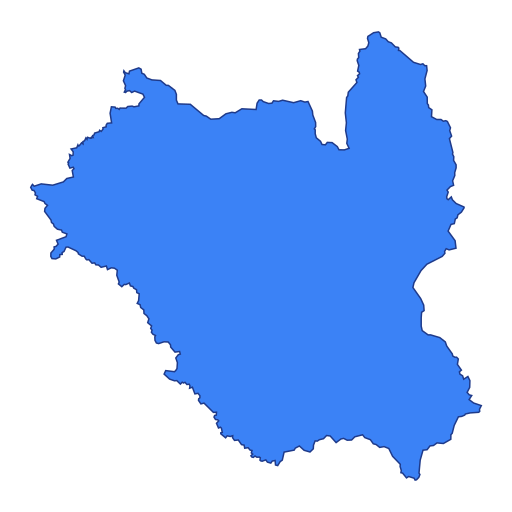 Satipo, Junín, Peru
{"feature_id": "86281439B96037862179795", "entity_name": "Satipo", "entity_type": "district", "adm_level": 2, "iso_a3": "PER", "parent_name": "Peru", "parent_adm1": "Junín", "projection": "mercator", "projection_center": [-74.176, -11.56], "detail": "fine", "context": "isolated", "style": "filled", "palette": "blue", "viewbox_px": 512, "rotation_deg": 0, "n_neighbors": 0, "source": "geoboundaries", "source_scale": "gbopen_adm2", "svg_char_len": 5967}
<svg xmlns="http://www.w3.org/2000/svg" viewBox="0 0 512 512"><path d="M160.5,80.5L151.9,79.9L146.8,78.0L144.3,74.3L141.8,73.2L141.1,69.2L138.8,67.9L129.5,71.1L128.9,73.8L125.3,72.7L123.9,70.8L123.6,72.1L125.2,75.1L123.4,80.8L125.6,85.7L124.9,88.3L125.5,89.7L124.3,92.1L125.6,92.5L126.8,91.2L129.5,90.6L131.7,92.5L134.6,91.1L142.9,94.1L144.5,97.3L139.0,103.8L138.8,105.9L134.0,106.8L132.1,106.1L127.8,106.5L126.0,108.2L120.0,108.1L119.2,109.4L117.7,108.3L115.8,108.4L115.1,107.1L111.4,106.8L110.1,113.2L111.6,122.9L107.3,123.3L106.1,125.2L106.2,126.8L102.9,127.7L103.0,129.2L101.2,131.4L99.6,130.3L99.2,131.7L94.6,133.1L94.1,134.8L92.6,135.6L93.1,137.3L92.0,136.8L91.1,137.5L91.5,138.1L90.5,138.3L87.5,137.3L87.0,139.3L85.9,137.9L84.6,140.7L82.9,141.6L83.0,143.9L81.6,142.8L79.2,145.8L78.4,146.0L77.9,144.9L76.7,147.8L71.1,149.0L73.2,151.8L73.1,155.1L71.8,155.7L69.5,154.5L70.1,158.4L67.9,162.2L68.7,162.8L68.1,164.1L69.9,168.1L73.2,167.2L74.0,168.7L72.2,170.5L73.4,177.0L66.8,178.5L63.4,181.9L52.7,185.2L41.2,183.9L34.2,186.2L32.5,184.4L31.7,185.5L30.7,187.4L32.2,190.2L33.9,190.4L35.4,192.8L35.0,194.8L37.6,196.3L36.7,198.7L44.1,201.6L45.0,203.5L47.5,205.3L45.0,208.3L44.6,211.4L51.0,220.0L51.5,222.5L53.4,223.9L54.2,226.4L57.4,229.2L61.5,230.1L62.3,232.2L66.9,233.9L66.1,236.7L56.5,240.3L58.1,244.1L56.0,246.4L54.1,246.9L54.2,249.2L50.9,253.0L50.8,256.4L52.0,258.6L55.8,258.9L59.7,257.0L59.8,254.6L62.2,254.4L62.1,252.6L64.0,251.5L66.0,247.2L68.0,247.0L76.1,250.8L78.1,252.5L78.4,253.9L82.1,256.2L84.2,256.2L85.9,259.1L86.9,259.9L88.8,259.6L92.0,263.2L94.7,262.9L95.8,264.8L98.5,265.0L101.1,267.3L106.4,266.0L107.5,269.6L111.3,267.8L114.5,268.2L117.3,270.2L116.8,275.3L119.2,282.1L118.4,283.9L121.8,286.7L124.2,284.4L125.7,284.6L129.4,283.0L130.4,285.9L132.9,286.5L133.8,288.2L136.5,289.7L136.8,292.6L139.2,293.8L138.6,300.6L137.2,303.4L140.1,304.7L140.7,307.5L143.8,309.9L144.0,313.5L146.8,315.7L148.9,318.8L147.7,322.7L151.6,325.9L150.7,328.4L152.0,330.1L151.4,332.3L153.0,334.3L155.5,335.5L154.8,336.9L155.0,340.4L156.4,343.0L158.6,343.6L164.0,341.8L168.2,342.0L170.5,344.8L170.7,347.1L175.0,352.1L179.6,351.5L180.3,354.1L178.3,354.7L175.8,358.0L177.4,362.6L177.0,368.6L175.8,370.4L174.5,371.7L165.7,370.6L164.1,374.1L169.6,379.1L174.5,380.8L176.8,380.6L180.4,384.1L182.2,382.2L183.5,383.0L185.0,382.3L186.9,384.5L189.2,384.2L190.0,385.9L189.6,388.2L192.4,387.2L194.9,393.9L198.0,393.3L199.9,395.7L199.9,397.8L198.7,398.8L198.5,400.4L200.9,403.9L204.0,403.1L213.4,412.4L216.5,412.2L216.3,415.1L214.6,415.5L214.0,417.1L215.5,419.5L217.7,419.8L218.7,420.9L216.5,423.3L218.5,428.0L220.5,427.2L221.4,428.2L222.3,432.4L220.8,432.8L220.8,433.8L225.6,437.8L227.2,435.8L230.2,436.5L232.7,435.7L232.5,437.6L234.5,440.4L238.3,440.0L241.5,444.6L244.1,445.1L244.7,448.2L248.1,447.7L250.1,450.1L252.0,450.5L251.3,452.9L252.7,454.1L250.9,455.8L251.8,457.0L253.3,457.4L255.0,456.0L256.8,457.2L259.4,457.1L260.3,457.7L260.0,460.2L260.8,460.9L262.2,461.2L265.8,459.9L267.4,462.1L270.8,463.1L272.2,461.1L275.1,460.5L275.5,465.0L277.7,465.6L280.1,461.7L282.3,460.1L284.1,452.1L294.2,450.1L295.3,448.1L299.4,446.0L304.1,450.3L310.0,452.0L313.3,448.8L313.5,445.1L315.1,440.9L317.3,441.1L319.4,439.7L323.5,438.7L326.6,435.5L330.2,436.0L336.1,442.6L340.9,439.0L343.6,438.4L347.2,440.2L351.6,440.0L354.8,436.8L362.6,434.8L364.8,437.6L370.4,439.7L373.3,443.8L376.1,444.5L379.7,447.4L384.1,446.6L388.8,448.5L392.6,456.3L400.3,464.3L400.1,466.5L401.3,470.5L400.9,472.7L402.6,473.1L406.5,477.9L408.7,476.5L414.1,478.2L415.1,480.1L416.5,479.8L418.8,477.4L419.9,474.5L419.0,473.1L420.2,460.1L423.0,450.2L427.1,449.7L430.0,445.9L433.5,445.5L437.0,442.9L443.4,443.5L450.8,439.3L450.9,434.7L452.2,433.3L454.2,425.4L458.4,416.8L461.7,416.4L464.7,415.1L465.4,414.0L470.2,412.9L478.7,412.3L479.7,411.4L479.5,409.2L481.3,405.6L473.6,403.0L469.1,399.6L471.7,395.5L469.3,394.9L467.1,392.4L469.7,387.4L469.9,380.6L467.9,376.5L463.7,379.2L462.6,375.8L459.9,374.1L459.4,371.8L461.4,370.1L457.4,364.4L458.3,359.0L456.6,357.2L454.8,357.2L452.7,355.9L452.3,353.9L446.7,346.0L445.3,341.9L439.8,337.6L430.7,334.9L428.1,334.9L422.2,330.6L421.2,326.1L421.2,317.7L421.6,312.3L424.1,310.6L423.7,305.1L420.7,298.6L412.9,287.5L414.0,282.7L421.0,270.6L426.9,264.2L442.2,256.4L444.9,253.3L444.6,251.4L446.2,248.7L449.1,249.9L456.0,248.2L455.1,240.7L448.1,231.1L451.0,224.4L454.3,223.6L455.3,219.0L457.2,217.8L457.9,214.8L461.4,212.1L464.1,207.8L464.0,207.0L456.1,203.5L452.4,199.8L451.3,196.9L448.2,199.7L446.9,198.7L446.7,196.7L448.2,192.1L447.0,190.1L450.4,186.6L453.6,185.3L452.6,180.8L454.8,175.5L454.7,172.6L456.1,167.9L456.1,164.8L453.6,160.4L453.8,156.7L452.5,154.1L452.9,152.5L449.4,138.6L451.6,136.1L449.7,130.6L450.5,127.8L447.4,121.5L445.8,120.7L443.3,121.2L441.0,119.5L436.7,119.5L431.5,116.7L431.9,109.8L428.7,107.6L428.4,105.0L427.3,103.6L427.2,97.1L423.5,91.5L425.7,86.0L424.9,78.9L427.1,70.5L426.6,65.7L424.8,65.7L422.9,63.8L420.5,64.5L413.5,62.3L399.8,50.5L398.5,50.4L398.8,48.1L398.1,47.3L395.3,46.9L391.4,42.9L388.2,41.7L385.7,38.9L381.2,37.2L379.8,32.8L378.5,31.9L373.6,32.7L367.9,36.4L367.5,38.4L368.8,42.7L367.9,46.0L365.6,48.7L359.5,49.5L359.9,51.2L358.4,53.5L358.7,57.6L357.4,59.1L357.2,60.7L358.8,65.4L357.6,71.1L359.2,72.2L359.6,73.8L357.5,75.6L358.4,77.3L356.0,79.8L356.9,82.5L348.3,92.2L347.8,95.9L346.6,97.5L345.3,112.9L346.4,122.8L345.6,130.5L347.3,139.1L346.8,143.4L349.1,148.3L344.4,149.9L339.0,149.8L337.3,146.6L332.1,142.6L327.3,142.4L325.4,144.8L322.0,144.5L320.5,141.3L316.3,137.8L315.2,133.7L315.2,129.8L314.3,128.9L315.7,126.6L315.6,122.5L312.8,115.0L312.4,111.1L308.0,101.5L304.9,102.1L300.7,100.7L293.6,102.7L282.6,100.2L278.6,101.4L273.5,100.8L271.9,103.2L268.6,103.5L263.2,101.6L261.5,100.0L259.2,100.0L257.1,103.2L256.1,109.5L241.8,108.8L235.2,112.8L231.9,112.3L225.9,113.8L219.2,118.7L210.8,119.2L206.3,116.1L203.7,115.5L190.3,104.3L178.0,103.9L176.4,100.2L176.4,94.4L174.9,90.4L168.4,85.4L166.2,85.3L160.5,80.5Z" fill="#3b82f6" stroke="#1e3a8a" stroke-width="1.5"/></svg>